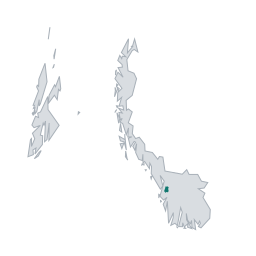 Meldal nor, Sør-Trøndelag, Norway shown in context, rotated 281°
{"feature_id": "86288312B14672421796799", "entity_name": "Meldal nor", "entity_type": "district", "adm_level": 2, "iso_a3": "NOR", "parent_name": "Norway", "parent_adm1": "Sør-Trøndelag", "projection": "robinson", "projection_center": [9.604, 63.038], "detail": "fine", "context": "in_parent", "style": "filled", "palette": "teal", "viewbox_px": 256, "rotation_deg": 281, "n_neighbors": 0, "source": "geoboundaries", "source_scale": "gbopen_adm2", "svg_char_len": 4389}
<svg xmlns="http://www.w3.org/2000/svg" viewBox="0 0 256 256"><g transform="rotate(281 128 128)"><path d="M154.8,120.9L145.1,123.2L146.8,124.7L144.6,129.1L133.2,127.3L131.0,132.6L123.3,133.3L119.1,137.5L121.1,140.8L115.2,147.5L108.7,149.1L108.6,156.6L103.0,163.2L106.0,164.3L106.1,167.8L92.8,172.5L93.0,190.1L98.3,193.6L94.1,196.8L95.7,205.3L89.8,210.2L89.7,216.7L83.6,214.2L81.8,208.6L78.7,215.9L74.1,214.9L63.7,224.3L54.9,225.5L43.9,218.7L44.7,215.9L48.3,217.3L50.3,216.0L46.8,215.1L50.7,210.6L41.2,213.8L42.6,209.8L49.4,208.0L45.8,207.6L48.9,204.1L55.3,201.5L49.1,203.0L41.4,209.8L42.0,205.4L45.6,205.1L41.6,202.1L45.4,199.8L41.5,200.3L40.9,196.5L55.7,197.3L59.9,194.9L41.6,195.1L43.4,192.3L40.6,188.6L48.4,189.5L53.6,188.7L42.2,186.0L63.6,180.6L53.8,180.7L59.9,177.1L67.4,179.5L64.1,176.6L67.1,172.4L82.7,173.7L87.6,168.6L77.7,173.3L74.2,171.4L87.7,159.5L94.8,158.4L97.6,156.2L92.2,156.8L98.3,150.7L96.5,149.4L105.1,147.6L98.8,148.2L99.3,144.5L105.4,140.2L114.3,139.5L107.6,138.9L111.0,136.2L115.5,138.2L116.0,136.6L109.8,134.0L117.9,130.3L120.1,133.4L119.1,129.5L128.2,128.5L121.1,127.6L131.4,121.9L132.3,119.1L136.4,120.5L134.7,118.9L141.6,116.1L141.6,119.5L145.7,114.9L144.8,120.3L148.8,118.7L147.7,115.1L156.8,115.9L152.3,112.4L160.9,111.2L165.8,114.5L173.9,105.8L180.8,107.5L176.9,113.5L185.4,106.7L186.7,110.9L189.2,110.0L192.3,105.1L197.7,106.1L194.9,108.6L197.4,108.7L197.5,112.3L200.8,107.1L215.7,111.5L201.6,113.1L208.3,116.7L216.6,117.5L204.5,123.2L206.3,119.1L204.7,117.3L194.9,113.8L184.2,117.1L182.9,123.4L178.0,127.0L160.8,125.9L154.8,120.9ZM112.6,33.1L121.9,35.0L121.2,38.2L125.3,36.5L127.2,39.1L143.6,43.2L130.8,46.0L117.5,59.9L100.7,52.7L117.9,49.7L101.2,50.7L98.6,48.7L119.1,45.7L114.7,45.0L116.6,43.8L104.3,43.3L104.1,45.7L95.4,47.1L84.7,41.6L90.8,41.5L88.3,38.9L83.8,40.2L80.7,35.3L98.0,34.5L99.3,35.3L91.5,36.8L99.7,38.5L104.6,35.2L113.8,41.4L110.4,35.7L112.6,33.1ZM132.2,30.5L147.3,33.1L150.9,30.5L152.7,30.8L151.8,32.3L159.0,31.2L175.7,34.2L157.9,39.7L135.4,37.4L132.7,36.6L138.9,35.4L127.0,35.3L124.2,34.0L127.6,33.2L122.1,32.6L130.3,32.7L129.2,31.4L132.5,32.0L132.2,30.5ZM145.0,44.3L156.4,47.7L154.7,49.0L165.6,50.8L153.7,54.5L151.4,54.2L152.7,52.4L142.3,53.1L146.1,49.5L137.0,45.2L145.0,44.3ZM116.0,127.3L121.3,125.9L106.0,130.6L113.7,126.8L113.9,123.0L118.2,120.9L116.0,127.3ZM124.0,120.1L131.1,119.8L122.8,122.7L124.0,120.1ZM130.9,117.9L140.9,114.2L135.7,118.2L130.9,117.9ZM80.0,41.9L87.5,45.5L89.3,47.1L83.4,45.3L80.0,41.9ZM111.0,123.3L112.4,126.8L106.6,125.9L111.0,123.3ZM165.4,107.5L161.7,109.8L156.1,108.8L162.4,108.4L165.4,107.5ZM166.4,109.2L164.9,111.9L162.5,111.1L166.4,109.2ZM99.5,130.9L105.0,130.1L99.1,132.4L99.5,130.9ZM211.6,32.2L199.9,32.8L212.0,32.1L211.6,32.2ZM184.9,41.4L192.0,41.9L181.5,42.3L184.9,41.4ZM177.5,105.6L181.5,105.0L182.9,105.6L177.5,105.6ZM169.0,108.5L168.3,109.9L167.0,108.7L169.0,108.5ZM147.6,112.4L147.7,113.9L146.1,113.4L147.6,112.4ZM134.5,76.2L134.1,77.6L132.1,76.4L134.5,76.2ZM176.6,43.5L173.3,43.3L172.9,42.8L176.6,43.5ZM84.4,159.5L85.5,160.8L82.4,160.5L84.4,159.5ZM140.6,112.1L142.7,112.7L144.0,113.5L140.6,112.1ZM124.1,31.2L125.5,31.9L123.4,31.7L124.1,31.2ZM68.6,171.5L65.1,171.6L68.8,170.8L68.6,171.5ZM63.5,173.6L62.2,174.8L61.6,174.2L63.5,173.6ZM98.2,132.7L96.4,133.9L98.4,131.9L98.2,132.7ZM41.0,202.6L40.5,204.4L40.3,202.1L41.0,202.6ZM95.1,149.6L94.3,148.6L95.4,148.7L95.1,149.6ZM209.0,115.2L208.7,116.5L208.6,116.2L209.0,115.2ZM96.1,150.6L94.1,150.8L96.5,150.4L96.1,150.6ZM90.3,152.9L90.5,153.9L89.5,153.6L90.3,152.9ZM40.2,195.0L39.4,196.1L39.6,195.2L40.2,195.0Z" fill="#d9dde1" stroke="#a8b0b8" stroke-width="1"/><path d="M73.5,176.4L73.5,176.5L73.4,176.5L73.5,176.7L73.4,176.8L73.5,176.8L73.4,176.9L73.4,177.0L73.3,177.3L73.3,177.5L73.2,177.5L73.3,177.6L73.5,177.7L73.5,177.8L73.8,177.9L74.0,177.9L74.3,177.9L74.3,178.0L73.9,178.1L73.7,178.1L73.6,178.3L73.2,178.5L73.2,178.8L73.3,179.0L73.6,179.0L73.7,178.9L73.8,178.9L73.9,179.0L74.0,179.0L74.3,179.0L74.5,178.9L74.8,178.7L75.0,178.6L75.3,178.5L75.3,178.4L75.5,178.4L75.8,178.3L76.0,178.4L76.5,178.3L76.9,178.3L77.2,178.4L77.3,178.2L77.4,177.9L77.3,177.6L77.2,177.5L77.2,177.4L76.9,177.3L76.9,177.2L76.8,177.3L76.7,177.3L76.6,177.2L76.5,176.9L76.5,176.7L76.4,176.7L76.2,176.7L75.9,176.7L75.7,176.7L75.4,176.7L75.2,176.6L74.9,176.7L74.7,176.6L74.4,176.5L74.2,176.4L73.9,176.3L73.7,176.4L73.5,176.4Z" fill="#14b8a6" stroke="#0f766e" stroke-width="1.5"/></g></svg>